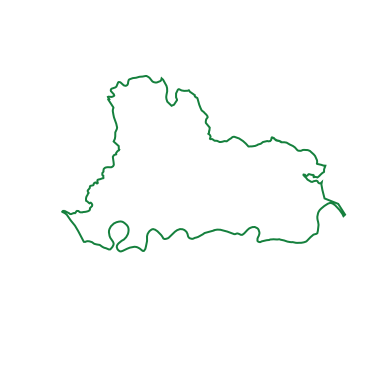 Margarita, Bolívar, Colombia (Robinson projection), rotated 132°
{"feature_id": "7082276B40110107140606", "entity_name": "Margarita", "entity_type": "district", "adm_level": 2, "iso_a3": "COL", "parent_name": "Colombia", "parent_adm1": "Bolívar", "projection": "robinson", "projection_center": [-74.198, 9.061], "detail": "fine", "context": "isolated", "style": "outline", "palette": "green", "viewbox_px": 384, "rotation_deg": 132, "n_neighbors": 0, "source": "geoboundaries", "source_scale": "gbopen_adm2", "svg_char_len": 6052}
<svg xmlns="http://www.w3.org/2000/svg" viewBox="0 0 384 384"><g transform="rotate(132 192 192)"><path d="M301.4,239.1L300.6,238.0L299.3,237.4L298.3,236.6L297.3,235.2L296.2,232.8L295.9,229.9L294.6,227.5L293.1,225.2L292.7,221.8L292.2,220.0L291.3,218.2L290.3,215.3L289.4,214.4L288.2,214.3L285.9,214.4L283.8,215.0L282.9,215.6L282.3,216.4L281.8,217.5L280.7,222.1L279.8,223.9L277.5,226.8L276.1,227.9L274.6,228.6L271.7,229.3L267.7,229.0L265.0,227.9L262.9,226.5L261.6,225.3L260.8,224.0L260.4,222.8L260.2,221.0L260.2,218.5L260.5,217.0L260.9,215.9L261.8,214.6L262.9,213.5L264.3,212.5L265.9,211.6L267.7,211.1L269.7,210.7L272.9,210.8L275.3,211.6L279.0,212.2L280.6,212.2L281.9,211.9L282.7,211.5L283.4,210.9L284.4,209.1L284.6,207.3L284.2,205.6L283.5,204.9L282.1,204.1L277.7,202.3L275.0,201.0L271.3,198.2L270.3,196.9L269.6,195.5L269.0,193.0L268.8,189.4L268.4,188.7L267.8,188.3L265.5,188.6L263.1,189.9L258.5,192.6L255.0,195.8L252.9,196.9L250.9,197.3L249.3,197.4L246.9,196.9L245.6,196.1L244.7,194.2L244.3,191.4L244.6,186.2L245.0,184.3L245.7,182.2L245.4,181.1L244.4,180.1L242.6,179.0L241.5,178.7L232.9,178.1L230.3,177.5L227.6,176.1L226.0,174.1L225.3,172.1L225.3,169.5L226.1,167.4L227.6,165.2L228.0,163.9L227.8,162.5L226.8,160.6L225.9,159.9L224.0,159.1L222.9,158.3L221.3,157.4L216.1,155.6L214.1,155.2L206.0,150.0L205.8,150.1L205.4,149.9L203.1,148.1L201.1,145.7L197.8,139.3L195.1,132.5L194.4,131.7L193.0,131.0L192.4,130.5L191.8,129.3L191.1,127.0L190.4,126.2L189.9,125.9L187.8,125.5L183.0,125.4L180.7,125.1L178.9,124.3L177.5,123.5L176.0,121.9L175.3,119.6L175.2,118.5L175.4,117.5L176.8,115.0L177.9,114.0L180.0,113.0L181.0,112.8L182.7,112.2L184.2,111.0L184.6,110.4L184.6,109.7L184.2,108.5L183.5,107.7L182.1,107.2L177.8,104.2L176.1,102.6L175.0,102.1L172.6,99.8L170.2,96.8L168.7,95.5L168.2,94.3L166.4,91.2L165.0,87.9L163.5,85.5L162.5,84.2L161.9,83.7L160.3,80.9L159.6,80.0L156.6,76.8L154.7,75.3L152.8,74.2L151.8,73.9L146.3,73.7L143.3,73.3L142.4,73.2L139.9,71.6L138.8,71.3L136.6,72.5L131.7,76.0L129.9,78.2L128.7,80.0L127.6,81.3L126.4,82.4L123.3,84.2L121.8,84.7L120.0,85.0L117.8,84.9L113.8,84.3L109.8,83.2L107.7,82.1L106.6,80.2L106.3,78.8L106.1,76.7L106.6,70.5L107.7,65.5L108.6,63.3L106.4,63.1L103.0,75.4L108.1,89.2L103.3,96.4L99.8,100.9L97.9,102.1L99.4,102.2L100.1,102.8L100.5,103.6L100.5,104.6L100.0,106.0L100.4,107.2L102.6,108.8L103.9,109.3L104.7,110.3L105.5,114.4L105.0,117.3L105.1,118.9L104.7,120.2L104.8,121.4L103.6,119.6L103.8,118.6L103.7,117.8L102.5,117.2L101.0,117.3L100.7,117.2L100.4,116.9L99.0,114.2L98.3,113.5L98.2,112.6L99.4,111.9L99.5,111.4L98.1,110.3L97.2,108.5L94.8,108.1L93.3,108.1L90.4,107.8L89.0,107.3L88.5,107.5L86.8,109.0L85.1,109.7L84.5,110.2L84.5,109.9L84.2,110.0L83.2,110.5L84.5,112.2L85.3,114.1L87.4,117.8L87.2,118.3L86.1,118.9L84.8,120.3L82.9,124.6L82.6,126.6L82.6,131.9L83.4,134.0L85.8,137.0L86.7,137.8L88.1,138.4L88.9,139.0L90.2,140.7L90.4,141.8L90.0,145.4L90.3,147.9L91.3,151.1L92.0,154.7L93.2,156.6L95.3,158.9L95.5,159.8L95.2,159.9L95.5,161.1L96.3,162.6L96.5,162.4L97.0,163.2L97.2,163.8L96.9,164.0L97.1,165.0L97.4,165.0L97.3,166.3L97.5,167.2L97.2,167.3L97.6,168.7L98.0,169.2L98.3,169.2L100.4,168.0L101.9,168.0L103.2,169.1L103.8,170.2L107.4,172.7L110.2,173.2L112.5,174.7L113.2,174.8L115.5,175.9L117.8,177.8L120.4,180.5L120.0,184.4L120.0,188.1L120.7,192.8L122.6,197.4L123.2,198.1L124.2,198.7L125.9,198.9L127.9,199.5L131.0,200.1L131.3,200.4L132.5,202.0L134.2,203.0L135.5,204.0L136.4,205.0L137.2,207.6L138.8,209.6L139.1,212.2L139.8,213.2L140.4,213.7L140.4,214.3L138.4,215.3L138.0,216.0L137.6,217.2L137.8,218.8L136.6,219.0L135.3,220.1L134.8,220.1L132.3,221.9L131.4,227.9L130.7,228.7L129.2,229.7L128.4,230.1L126.1,230.3L125.4,231.1L124.9,233.2L124.9,234.9L124.7,236.7L124.9,239.4L123.9,241.8L122.3,245.0L118.7,250.7L118.6,251.2L119.0,252.2L118.9,252.6L119.1,253.3L119.0,253.9L118.2,254.7L118.4,255.0L118.3,255.9L118.9,260.6L118.5,262.4L119.7,263.0L122.1,265.5L123.5,267.7L124.2,270.2L124.7,270.8L125.6,270.9L129.4,269.8L132.3,267.2L133.3,265.1L133.8,264.6L139.2,263.8L141.6,264.9L141.4,270.8L140.0,273.2L138.7,274.7L137.0,275.9L133.8,277.8L131.5,280.0L130.2,282.0L127.9,288.6L127.9,290.6L129.2,289.9L130.1,289.7L130.9,289.8L133.9,291.3L134.8,292.0L135.8,293.6L136.2,294.7L136.3,295.7L135.6,299.8L135.7,301.3L136.2,303.4L136.8,304.1L139.2,305.9L141.5,308.1L144.5,310.0L147.0,312.2L149.8,313.7L150.6,314.0L151.3,313.9L152.7,313.2L154.3,312.1L155.5,311.7L156.3,311.8L157.1,312.1L157.7,312.6L158.4,314.1L158.4,318.2L158.6,319.1L159.4,320.1L160.0,320.2L164.3,318.7L165.7,319.0L168.9,320.8L170.0,320.9L171.0,320.2L171.3,319.7L171.7,315.4L172.4,314.3L173.3,314.4L175.1,315.3L177.0,317.8L177.6,318.1L178.6,316.2L178.3,315.8L178.4,315.5L179.4,315.9L181.7,307.2L182.0,306.7L183.3,306.2L184.8,305.1L187.1,302.2L188.7,300.0L192.0,293.9L194.2,290.8L195.5,290.0L199.0,288.9L202.1,286.2L204.1,284.9L206.9,284.0L206.9,277.2L209.3,274.9L209.2,274.4L209.9,274.2L211.4,274.7L213.7,274.5L214.3,274.1L214.6,273.6L215.0,273.6L215.5,274.1L217.1,274.7L218.9,274.3L222.6,269.9L224.1,268.3L225.5,267.9L226.6,268.1L227.7,268.6L230.2,271.5L231.5,272.5L232.4,272.9L233.9,273.0L235.3,272.2L236.1,271.4L237.9,271.3L239.3,270.1L239.3,268.7L239.9,268.3L240.8,267.2L241.4,267.3L242.1,267.9L243.7,268.7L245.4,269.9L246.0,270.2L246.3,270.2L247.2,269.7L248.3,268.1L248.9,268.1L249.3,268.4L249.5,270.1L250.4,270.6L251.5,270.6L252.4,270.0L253.2,270.0L255.4,271.6L256.1,271.6L257.6,270.6L260.6,270.5L261.1,270.1L261.6,269.3L261.7,268.4L262.1,268.1L263.1,268.1L264.4,267.6L265.9,267.4L267.5,266.6L269.0,265.3L269.4,264.7L269.1,263.7L269.1,261.1L269.0,260.6L268.0,260.4L267.7,260.1L267.7,258.8L268.3,257.5L269.3,256.9L272.3,257.0L273.4,256.1L274.3,255.9L276.0,256.5L277.9,257.8L279.9,259.6L280.4,259.8L281.7,261.2L282.1,262.2L282.1,263.6L283.0,264.8L283.8,265.0L285.3,264.7L286.0,264.8L286.2,265.3L286.8,265.6L286.9,265.9L289.2,267.0L289.9,267.8L290.0,269.0L290.9,272.4L291.3,272.6L291.2,273.6L292.3,274.5L292.0,274.8L292.4,275.2L293.4,275.3L293.6,275.0L292.9,272.8L292.7,271.3L292.7,269.7L294.3,262.9L295.3,256.5L297.2,250.4L301.4,239.1Z" fill="none" stroke="#15803d" stroke-width="2"/></g></svg>